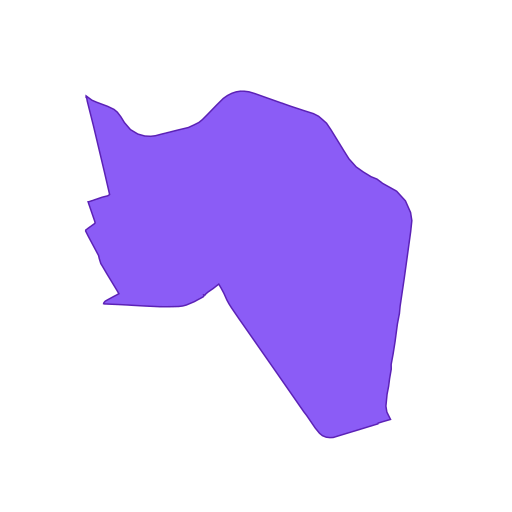 the district of Agege, Lagos, Nigeria, rotated 167°
{"feature_id": "59680162B37327775180775", "entity_name": "Agege", "entity_type": "district", "adm_level": 2, "iso_a3": "NGA", "parent_name": "Nigeria", "parent_adm1": "Lagos", "projection": "albers", "projection_center": [3.32, 6.625], "detail": "fine", "context": "isolated", "style": "filled", "palette": "violet", "viewbox_px": 512, "rotation_deg": 167, "n_neighbors": 0, "source": "geoboundaries", "source_scale": "gbopen_adm2", "svg_char_len": 1982}
<svg xmlns="http://www.w3.org/2000/svg" viewBox="0 0 512 512"><g transform="rotate(167 256 256)"><path d="M242.8,420.0L247.7,418.8L252.4,416.9L260.0,412.2L271.6,404.7L277.5,401.0L281.5,399.0L286.8,397.7L293.0,396.4L304.7,396.3L321.0,396.0L326.9,395.8L331.6,396.3L337.3,397.9L343.7,401.4L349.9,407.4L354.2,415.6L356.4,422.1L358.8,427.4L361.4,430.8L366.9,435.2L376.6,441.6L380.8,444.7L385.5,450.2L385.7,449.5L385.9,448.9L385.4,447.7L385.6,445.1L385.1,419.1L384.8,372.4L384.8,358.7L384.8,348.8L386.9,348.0L392.6,347.9L406.3,346.5L407.4,346.6L407.2,344.2L405.3,326.0L405.3,324.5L406.2,323.8L411.5,321.6L415.9,319.7L416.4,318.7L414.9,312.6L409.3,291.9L409.3,288.7L408.9,283.4L408.1,281.1L405.4,272.5L399.3,254.0L398.1,250.1L400.9,249.3L404.0,248.5L410.8,246.6L413.1,245.9L414.6,244.8L415.2,243.8L414.8,243.5L400.7,239.6L391.6,237.0L388.0,235.9L376.3,232.5L361.4,228.3L355.1,226.8L349.1,225.5L342.7,224.2L338.6,223.8L335.0,223.9L330.9,224.6L326.3,225.4L323.2,226.3L319.4,227.3L316.4,228.2L316.1,228.5L315.6,229.0L315.7,229.8L315.5,229.7L314.3,229.5L313.5,230.3L310.8,231.7L305.2,233.9L298.6,237.0L297.2,232.5L295.7,227.0L294.3,219.8L293.1,215.5L291.6,211.2L288.2,202.5L286.6,198.4L285.0,194.5L262.4,138.3L244.4,93.3L242.6,89.4L241.1,85.6L239.3,81.0L237.0,75.1L234.0,69.0L231.7,66.0L228.4,63.7L224.8,62.4L221.6,61.8L213.2,62.4L191.0,63.9L178.4,64.8L175.0,65.0L174.6,65.7L169.3,66.1L161.7,66.5L163.6,74.5L163.2,80.5L159.4,91.8L156.1,99.2L153.4,106.5L149.7,115.3L148.7,119.9L144.4,129.8L139.8,141.2L133.5,158.0L129.2,167.7L126.9,174.6L116.5,201.1L99.9,244.7L96.2,255.4L95.6,263.6L98.0,276.1L104.4,287.5L116.3,298.3L120.8,303.7L126.1,307.4L132.7,313.9L138.4,320.3L143.6,329.8L146.9,339.3L147.6,341.4L150.4,349.7L154.6,362.2L157.4,369.5L160.3,373.6L163.6,378.1L168.0,381.8L177.3,387.3L178.6,388.1L188.5,394.1L194.0,397.6L196.1,399.0L196.9,399.4L212.9,409.6L220.7,414.6L226.0,417.6L230.4,419.2L234.1,420.1L238.4,420.4L242.8,420.0Z" fill="#8b5cf6" stroke="#5b21b6" stroke-width="1.5"/></g></svg>